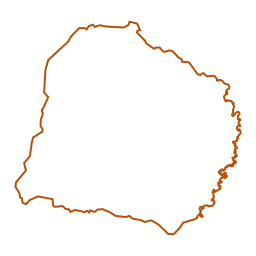 outline of Vichadero, Rivera, Uruguay
{"feature_id": "84410073B89841560148342", "entity_name": "Vichadero", "entity_type": "district", "adm_level": 2, "iso_a3": "URY", "parent_name": "Uruguay", "parent_adm1": "Rivera", "projection": "mercator", "projection_center": [-54.498, -31.798], "detail": "fine", "context": "isolated", "style": "outline", "palette": "amber", "viewbox_px": 256, "rotation_deg": 0, "n_neighbors": 0, "source": "geoboundaries", "source_scale": "gbopen_adm2", "svg_char_len": 5936}
<svg xmlns="http://www.w3.org/2000/svg" viewBox="0 0 256 256"><path d="M217.1,79.1L214.3,75.8L206.7,76.2L203.5,73.2L202.3,73.4L200.4,75.0L197.7,74.3L189.0,62.3L182.2,61.8L181.7,59.4L178.8,57.7L172.4,51.1L169.2,50.4L165.4,51.6L163.2,51.6L159.6,47.5L155.7,47.6L154.1,48.8L146.1,43.3L145.1,40.8L136.9,32.6L137.4,30.9L139.9,30.0L138.6,26.7L137.0,23.5L129.5,21.8L128.6,24.8L124.1,27.5L105.1,26.4L100.2,25.2L94.5,26.9L93.0,24.7L88.9,26.0L86.7,29.4L84.9,28.1L79.2,28.1L71.1,36.4L68.2,41.6L48.2,60.1L45.4,70.1L44.1,92.5L48.2,97.0L43.2,108.2L41.7,110.4L42.9,113.5L40.7,120.1L40.6,126.2L42.7,129.2L42.2,131.7L33.1,137.5L31.7,143.1L29.9,156.2L24.1,163.0L25.9,170.5L16.1,182.2L15.4,186.8L19.3,193.0L20.1,197.5L22.2,198.5L22.4,202.7L26.0,204.1L27.7,202.4L29.6,200.1L37.9,196.4L52.5,199.2L53.3,205.9L54.8,206.8L62.6,206.1L65.7,209.0L68.6,209.2L70.4,211.9L74.7,210.0L82.4,211.4L84.2,212.4L87.1,210.8L89.2,212.4L90.2,210.4L94.6,211.9L97.7,209.5L102.6,209.2L110.2,212.4L115.5,215.9L126.1,217.1L129.1,215.8L132.4,218.6L140.3,220.0L145.0,221.9L151.2,220.3L158.4,224.5L168.3,233.9L173.7,234.2L179.5,228.1L183.2,222.7L195.2,219.1L197.3,217.5L197.1,216.9L197.3,216.3L198.0,215.6L198.7,215.1L199.1,214.4L199.5,214.2L199.9,214.3L200.2,214.6L200.3,215.9L200.6,216.2L201.3,216.5L201.7,216.9L202.4,216.8L202.6,216.5L202.1,215.3L200.3,213.2L200.5,212.5L200.2,211.9L200.3,211.4L201.0,211.3L201.1,211.0L199.7,209.5L199.6,208.4L200.4,207.0L201.2,206.8L201.7,207.1L201.9,208.5L202.3,208.9L203.0,208.7L203.5,208.1L203.5,206.5L203.7,206.0L204.1,205.8L205.8,205.5L206.5,205.3L207.2,205.3L207.9,205.6L208.3,206.3L208.8,206.4L210.0,205.9L212.5,205.8L213.3,205.0L213.7,204.4L213.7,203.7L214.0,203.2L214.6,202.8L213.9,200.5L213.4,200.1L212.9,200.1L212.3,200.6L212.0,200.7L211.7,200.5L211.6,200.1L211.9,199.3L213.1,198.5L213.7,197.8L213.9,196.8L213.6,196.5L213.4,195.3L213.5,194.2L213.3,193.6L212.6,192.9L212.5,192.5L212.7,192.2L213.1,192.2L213.4,192.0L213.5,191.8L213.0,191.6L212.9,191.5L213.0,191.2L213.6,191.0L213.5,190.1L213.8,189.7L214.0,189.7L214.6,190.3L214.7,190.5L214.5,191.4L214.6,191.7L214.9,191.9L215.5,191.4L218.4,189.9L219.2,189.2L220.0,189.1L220.3,188.5L220.4,187.9L220.1,187.7L220.1,187.2L220.4,186.1L220.2,185.9L219.8,186.4L219.1,186.6L218.9,185.9L218.2,185.4L218.2,185.1L218.7,184.6L218.8,183.4L218.5,183.2L218.3,183.4L218.1,183.2L218.1,182.9L218.6,182.4L219.6,182.6L220.0,182.6L220.4,182.8L221.2,182.7L221.5,182.5L221.7,181.8L221.6,181.6L221.4,181.6L221.2,181.9L220.9,182.0L220.5,181.7L220.3,180.8L219.9,180.6L219.7,180.3L220.0,179.6L220.3,179.2L220.5,178.5L221.2,178.1L221.9,177.2L222.1,177.2L222.4,177.7L222.9,177.8L223.1,177.7L223.3,176.7L224.6,176.3L224.8,176.5L224.5,177.7L224.9,178.0L225.3,178.0L225.7,177.8L226.2,176.7L226.9,176.3L227.0,176.0L226.9,175.7L226.7,175.6L225.7,175.7L225.2,175.5L225.0,175.3L225.0,174.2L225.7,174.0L225.9,173.6L225.8,173.1L225.5,172.8L224.4,173.0L224.1,173.3L223.6,174.3L222.9,174.8L221.8,175.0L221.4,174.9L221.4,174.0L221.3,173.6L221.0,173.5L220.3,174.0L219.7,173.8L219.0,172.7L218.8,172.0L218.8,171.7L219.3,171.4L219.8,171.7L220.3,171.6L220.4,170.9L220.1,170.6L220.2,170.2L220.5,170.2L220.7,170.7L221.3,170.9L221.5,170.8L222.3,169.2L222.5,169.3L223.1,170.1L223.4,170.7L223.6,170.8L223.9,170.6L224.6,169.5L225.1,169.3L225.3,168.3L225.2,167.8L225.8,167.1L226.0,167.0L227.0,167.2L226.9,166.4L227.0,166.1L227.4,165.7L228.1,165.4L228.5,165.5L229.0,166.0L229.7,166.2L230.2,165.4L230.1,164.9L230.6,164.5L230.9,164.5L231.1,164.7L231.6,166.1L231.8,166.3L232.3,166.3L232.7,166.1L233.1,165.9L233.1,165.7L233.1,165.4L232.5,165.0L232.5,164.8L232.9,164.5L232.8,163.9L233.0,163.6L233.3,163.5L233.5,163.9L233.9,164.0L234.3,163.6L235.0,163.5L236.1,161.8L235.9,161.5L235.5,161.3L235.3,161.3L234.6,162.1L233.8,162.0L233.8,161.6L234.2,161.4L234.3,161.2L234.3,160.9L233.5,160.2L232.9,159.8L232.8,159.6L233.0,159.3L233.5,159.0L233.5,158.8L233.5,158.6L232.7,158.0L232.6,157.8L233.0,157.7L233.7,157.9L233.9,157.6L234.0,157.3L234.4,156.9L235.3,157.3L235.4,157.0L235.8,156.6L236.7,156.2L236.9,156.0L236.8,155.7L236.7,155.6L235.6,155.5L235.4,155.2L235.7,154.1L235.5,153.3L235.2,153.1L234.6,153.0L234.3,152.7L234.2,152.3L234.4,152.0L235.3,152.3L235.5,152.2L235.7,151.6L235.4,150.6L234.8,150.1L234.7,149.8L234.7,149.4L234.8,149.1L235.3,148.6L236.8,148.2L237.0,147.9L237.0,147.6L236.3,146.7L235.7,146.2L234.8,146.1L234.6,145.7L234.5,145.1L234.7,144.8L235.4,144.2L235.5,144.0L235.4,143.7L235.1,143.5L234.3,143.5L233.2,142.8L233.0,142.1L233.2,141.8L233.8,141.5L236.5,141.3L236.8,141.0L236.7,140.0L236.8,139.6L237.8,138.9L237.9,138.3L237.3,138.0L237.2,137.7L237.2,137.4L238.4,136.2L238.8,134.9L239.2,134.8L239.7,134.2L240.5,133.7L240.6,131.7L240.3,131.0L239.8,130.5L239.7,129.7L239.2,129.3L238.6,129.4L238.4,129.7L238.4,130.4L238.3,130.6L238.1,130.6L236.9,128.8L236.8,128.0L237.2,126.8L237.8,126.0L238.2,125.8L239.4,125.8L240.1,126.2L240.3,126.0L240.2,125.5L238.9,124.0L238.6,123.2L238.6,122.3L239.1,120.9L239.6,120.4L240.3,120.1L240.4,119.6L238.9,118.8L238.5,119.3L238.2,119.3L238.0,119.2L237.9,118.9L238.0,117.7L237.9,116.8L238.0,115.9L239.2,114.5L239.4,113.8L239.5,113.2L238.8,112.2L238.3,112.0L237.6,112.0L235.6,112.9L234.7,114.6L233.3,115.8L233.0,116.0L232.7,115.9L232.3,115.4L232.1,114.9L232.1,114.3L233.0,113.0L233.1,109.9L234.0,106.8L234.0,106.0L233.1,104.4L233.5,104.0L233.7,103.2L232.8,102.7L232.2,102.7L231.8,101.6L231.5,101.0L230.6,101.1L229.8,100.8L229.5,101.1L229.3,101.1L227.9,100.2L227.1,100.2L226.6,101.2L225.9,101.4L225.5,101.1L225.1,100.2L224.2,98.0L224.1,96.8L224.4,95.7L226.1,94.4L226.9,94.1L227.2,93.3L227.4,93.0L227.2,92.8L226.8,92.9L226.6,93.3L226.2,93.4L225.9,93.3L225.8,93.0L226.9,92.1L227.0,91.7L226.4,91.4L226.2,91.1L226.6,90.2L227.0,89.7L228.6,88.8L229.1,88.4L229.3,87.9L229.4,87.1L229.0,86.1L228.6,85.0L227.9,84.4L227.3,84.2L226.7,84.2L225.5,83.9L224.4,83.3L222.3,80.9L220.9,80.1L219.7,79.8L219.2,80.0L218.3,80.7L217.5,80.7L217.1,80.6L216.8,80.2L216.9,79.5L217.1,79.1Z" fill="none" stroke="#b45309" stroke-width="2"/></svg>